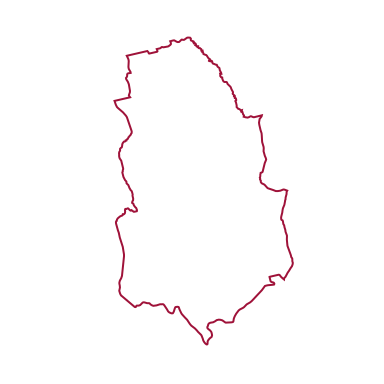 an SVG outline of Bandundu, rotated 167°
{"feature_id": "COD-1871", "entity_name": "Bandundu", "entity_type": "Province", "adm_level": 1, "iso_a3": "COD", "parent_name": "Democratic Republic of the Congo", "parent_adm1": "", "projection": "robinson", "projection_center": [18.46, -4.427], "detail": "fine", "context": "isolated", "style": "outline", "palette": "rose", "viewbox_px": 384, "rotation_deg": 167, "n_neighbors": 0, "source": "natural_earth", "source_scale": "10m", "svg_char_len": 6015}
<svg xmlns="http://www.w3.org/2000/svg" viewBox="0 0 384 384"><g transform="rotate(167 192 192)"><path d="M109.8,132.2L109.3,128.3L109.4,127.7L110.3,124.2L111.1,118.1L109.9,108.2L109.9,106.2L109.7,105.6L109.4,105.1L109.3,104.4L109.8,101.9L109.7,100.4L110.0,99.4L110.4,98.6L111.3,97.2L113.2,95.5L115.3,93.3L116.8,92.0L120.0,88.3L121.6,87.3L122.0,86.1L123.1,87.5L124.3,89.3L125.3,91.4L125.7,91.7L126.3,91.9L135.2,91.9L135.6,91.8L135.5,87.4L134.9,86.5L132.9,85.4L132.6,85.0L132.4,84.1L132.8,83.4L133.8,83.4L139.2,84.1L140.9,84.1L142.1,84.0L146.0,80.6L158.2,72.4L160.1,71.4L164.0,70.2L167.2,68.1L168.5,67.6L171.7,66.8L173.2,66.1L176.3,63.5L178.3,61.3L179.7,59.3L180.8,56.6L181.2,56.2L181.6,56.1L182.7,56.1L188.4,57.1L188.9,57.4L191.2,60.0L191.8,60.4L193.1,61.1L194.7,61.6L196.8,61.6L198.7,60.8L200.7,60.3L203.7,60.5L205.1,60.1L205.9,59.4L206.6,58.0L207.3,57.2L207.5,56.7L207.6,56.1L207.1,55.0L205.5,53.0L204.8,51.6L204.6,50.8L204.6,48.8L204.7,47.8L205.2,46.9L205.5,46.4L207.8,45.3L209.7,43.8L210.4,42.8L211.0,40.7L211.3,40.2L211.8,40.1L212.3,40.4L213.1,41.4L213.8,42.8L214.4,44.7L214.5,46.7L215.0,50.0L215.2,50.6L217.5,54.2L218.5,56.2L219.9,58.5L222.8,62.0L223.8,64.0L225.5,68.6L227.2,71.4L229.3,75.2L229.7,76.3L230.6,80.4L230.8,82.5L231.0,83.0L231.9,83.4L233.6,83.6L234.1,83.5L234.8,82.7L236.6,79.6L237.4,78.7L237.9,78.2L238.6,78.2L239.5,78.5L241.1,79.7L241.8,80.5L242.2,81.3L242.7,83.1L244.5,87.9L245.1,88.9L245.6,89.2L248.4,89.8L252.1,89.5L255.3,89.8L256.5,90.6L257.7,91.8L258.3,92.9L258.8,93.3L260.8,93.8L263.1,95.1L264.0,95.4L264.7,95.4L265.2,95.2L267.9,93.5L269.3,93.3L271.5,93.7L271.9,93.5L272.5,92.7L273.0,92.6L273.7,92.9L284.4,107.2L284.9,109.0L285.1,112.1L283.7,115.1L283.6,115.8L283.4,117.4L283.4,119.0L283.1,120.2L282.2,121.9L280.4,123.9L279.1,126.0L272.7,144.7L272.3,146.6L271.8,154.1L272.6,163.9L272.5,168.8L272.8,171.2L273.1,178.3L272.9,179.8L272.4,180.6L271.9,180.7L271.3,182.0L270.3,183.0L268.8,183.8L267.3,184.5L265.2,184.8L264.8,185.1L264.5,185.9L264.3,186.0L263.6,185.6L262.8,185.9L262.2,186.4L261.8,187.3L261.5,188.2L261.4,189.5L260.9,190.4L260.7,190.5L259.9,190.2L258.6,190.5L258.1,190.5L257.6,189.9L256.5,188.1L255.8,187.6L255.2,188.0L254.5,187.4L253.3,185.9L252.4,185.7L250.1,185.7L249.8,186.3L249.7,187.0L250.0,189.0L250.7,190.0L251.6,192.0L251.8,193.8L252.5,194.5L252.8,194.9L252.2,196.3L251.3,197.1L250.8,198.8L250.8,201.8L250.4,202.8L250.4,204.4L250.5,206.0L250.6,206.5L251.4,207.8L251.7,209.0L252.0,209.8L252.5,213.1L253.8,215.1L253.8,215.6L253.6,216.6L253.7,217.2L254.5,218.5L255.4,222.0L255.5,226.7L255.3,227.1L254.9,227.4L254.5,228.9L253.9,229.8L253.8,230.6L253.9,238.4L254.9,241.0L255.0,242.4L254.9,243.7L254.6,244.3L254.5,245.6L254.2,246.6L253.9,247.3L252.8,248.4L252.4,250.2L251.5,250.9L250.4,251.3L249.6,252.9L249.2,254.2L248.4,255.3L247.0,256.4L246.0,256.3L245.7,256.4L245.1,257.2L244.3,256.9L243.6,257.9L242.6,258.2L241.5,259.7L240.8,260.0L240.3,260.6L239.0,261.4L238.1,262.6L237.5,263.1L237.1,264.7L238.6,279.5L239.2,281.2L241.3,285.1L245.4,290.7L246.0,291.7L246.6,294.2L247.0,298.2L231.0,298.2L231.8,300.2L231.5,300.9L230.1,303.1L229.7,304.4L229.3,311.1L229.7,313.8L230.7,316.6L230.7,317.9L229.6,318.8L229.1,319.6L228.7,321.2L228.2,321.8L227.5,322.0L225.0,321.8L224.9,322.8L225.9,326.1L225.9,327.1L225.8,328.2L224.2,333.8L224.1,335.1L224.2,336.2L224.9,339.4L203.8,339.4L203.0,337.9L202.9,336.8L202.5,336.5L194.5,336.5L194.0,336.9L194.0,337.7L194.2,339.2L191.0,339.2L190.4,339.3L189.0,340.0L188.6,340.0L187.2,339.4L182.7,339.2L182.1,339.3L180.1,340.2L179.4,340.7L179.1,341.6L179.1,342.8L179.3,343.8L176.0,343.9L175.1,343.7L173.2,341.9L172.2,341.3L170.9,341.1L170.4,341.3L168.1,342.7L167.6,342.8L166.4,342.2L165.3,342.1L162.2,343.4L161.2,343.4L159.2,342.8L158.6,341.8L159.0,340.6L158.9,339.9L157.4,338.8L156.9,337.1L156.4,337.7L156.2,337.2L156.4,336.8L155.7,336.4L155.2,335.8L155.9,334.5L155.4,334.0L154.9,334.2L154.7,332.9L153.6,332.7L153.9,332.3L153.9,332.0L153.3,332.0L153.1,331.6L153.1,330.8L152.7,330.5L151.9,330.4L151.6,329.8L150.9,329.2L150.7,328.6L151.1,327.9L151.1,327.5L150.5,327.2L150.5,326.6L149.9,326.9L149.9,325.3L149.7,324.6L149.8,323.9L149.1,323.3L147.3,322.2L146.8,321.3L146.2,319.4L145.7,318.4L144.8,317.6L144.7,317.2L144.9,316.7L145.8,316.3L146.0,316.0L145.8,315.7L144.7,315.3L144.2,315.0L143.7,315.6L143.2,315.2L143.0,314.7L143.0,313.2L142.8,312.6L142.4,312.2L141.5,311.7L140.2,310.7L139.3,310.4L139.1,309.9L139.0,308.6L138.4,307.7L137.6,306.9L137.4,306.5L137.5,304.3L136.8,301.6L136.8,300.6L138.0,300.9L138.0,300.0L138.4,298.7L137.8,297.3L137.5,297.1L136.8,296.8L136.8,296.4L137.0,295.8L136.7,293.5L136.3,292.5L135.4,291.8L134.1,291.6L133.7,291.4L133.3,291.0L133.0,289.2L131.0,286.1L130.7,285.4L130.4,283.1L129.6,280.3L129.7,279.6L130.2,278.8L130.2,278.4L129.3,277.1L129.3,276.7L129.5,276.1L128.7,276.0L128.7,275.6L129.2,274.5L129.2,274.0L128.7,274.0L128.5,273.8L128.2,273.3L128.2,271.7L128.4,271.3L129.2,271.0L129.3,270.6L129.0,269.4L129.0,266.4L129.4,264.7L128.5,263.2L128.3,262.7L127.0,262.0L126.4,261.0L126.0,260.6L125.2,260.6L126.0,259.5L125.9,259.1L125.0,259.4L124.9,258.9L124.7,256.0L124.1,255.0L124.1,254.7L124.7,253.7L123.1,252.8L121.1,252.0L119.7,252.1L118.0,252.6L117.4,252.5L115.4,251.1L114.5,250.9L106.7,251.0L107.2,250.0L109.7,247.9L111.1,244.5L111.2,243.6L111.3,242.3L111.3,236.9L111.0,233.6L111.3,231.4L112.2,226.2L112.4,224.7L112.1,219.8L112.3,218.4L113.1,215.6L112.9,210.9L112.5,208.7L112.4,207.1L112.9,206.2L114.6,203.8L118.6,195.9L119.0,195.5L119.4,195.4L120.8,195.2L121.0,194.5L121.4,194.0L121.9,192.1L122.3,191.2L122.7,190.7L122.5,190.0L122.9,188.8L122.4,187.7L122.7,186.4L122.6,185.8L122.0,184.7L120.1,183.2L119.6,182.6L117.6,179.0L117.1,178.5L112.5,175.7L110.2,174.1L108.3,173.6L105.6,173.4L102.5,173.9L101.3,173.5L98.9,171.9L99.7,171.0L100.4,168.6L102.0,165.6L102.6,163.6L103.1,163.0L103.4,162.1L104.9,158.7L107.1,155.6L107.9,153.8L108.7,151.6L110.5,148.1L111.0,146.8L111.2,145.1L111.0,144.7L110.1,143.9L110.0,143.0L110.2,140.2L109.7,138.8L109.8,136.6L109.6,134.2L109.8,132.2Z" fill="none" stroke="#9f1239" stroke-width="2"/></g></svg>